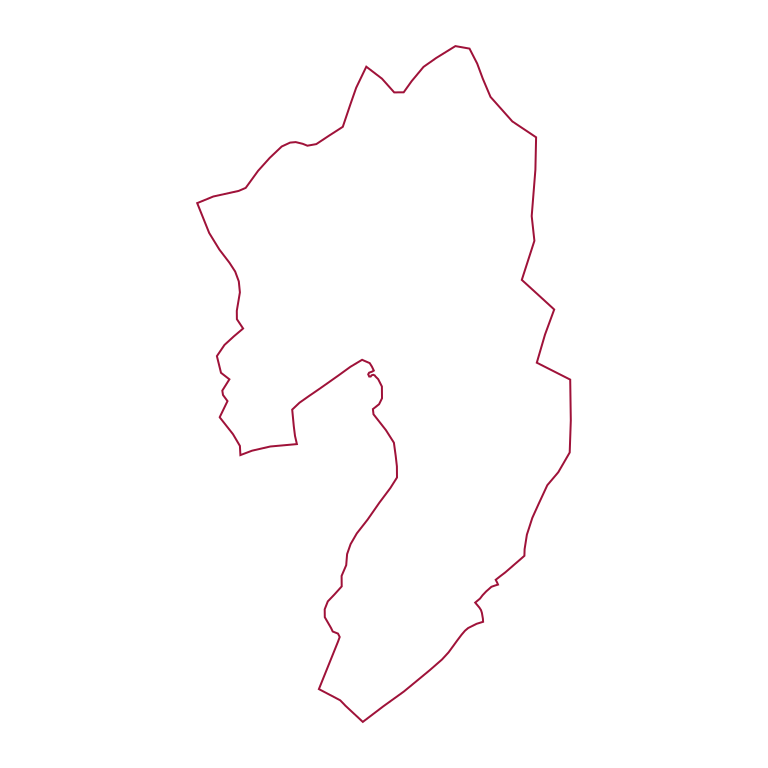 the district of Chanthabuly, Vientiane [prefecture], Laos
{"feature_id": "54806243B69886470699230", "entity_name": "Chanthabuly", "entity_type": "district", "adm_level": 2, "iso_a3": "LAO", "parent_name": "Laos", "parent_adm1": "Vientiane [prefecture]", "projection": "mercator", "projection_center": [102.605, 17.997], "detail": "fine", "context": "isolated", "style": "outline", "palette": "rose", "viewbox_px": 768, "rotation_deg": 0, "n_neighbors": 0, "source": "geoboundaries", "source_scale": "gbopen_adm2", "svg_char_len": 2046}
<svg xmlns="http://www.w3.org/2000/svg" viewBox="0 0 768 768"><path d="M539.7,296.2L521.8,279.9L534.4,240.8L531.7,216.1L535.4,169.7L536.1,137.3L512.3,121.4L490.5,96.9L482.8,78.7L477.2,63.6L469.5,48.6L455.4,46.1L436.3,57.9L423.5,66.9L411.6,81.2L403.7,92.3L394.2,92.4L382.0,78.7L366.3,66.7L356.2,87.7L350.4,104.3L342.8,126.8L329.3,135.5L316.3,144.1L307.4,145.7L302.7,143.8L295.7,142.1L290.1,142.6L281.7,146.5L269.7,157.9L258.1,170.8L245.7,187.9L238.7,190.9L213.3,196.5L197.2,203.1L209.2,233.0L219.4,249.6L229.5,262.8L235.2,271.6L238.8,281.4L239.9,292.4L236.8,310.8L236.9,319.2L243.1,328.5L233.8,336.4L224.5,344.9L216.9,356.1L221.0,372.8L229.4,379.3L222.3,390.6L223.0,395.0L227.5,401.1L219.7,417.2L219.7,417.3L220.1,417.8L233.0,434.2L239.9,445.9L240.4,455.1L252.0,450.7L270.3,446.5L296.9,444.1L295.0,435.9L293.8,426.3L292.2,409.6L299.5,402.7L309.3,395.8L318.8,389.3L338.4,375.5L350.4,366.8L362.1,359.8L364.1,360.7L369.7,363.1L371.9,366.6L373.1,369.1L373.8,370.6L372.1,371.6L369.1,372.7L368.2,374.3L369.2,376.5L370.7,376.5L371.6,375.3L373.3,374.8L374.7,375.4L375.5,376.5L378.2,379.2L381.9,386.5L382.0,398.3L379.1,404.2L372.9,409.1L373.5,414.3L385.9,430.1L393.9,442.7L395.7,455.9L396.9,466.4L397.0,477.5L390.3,488.1L379.5,502.5L367.6,519.6L356.8,533.4L350.6,544.1L347.1,554.1L346.2,565.2L341.6,575.9L341.7,586.4L334.5,594.4L327.8,601.4L324.7,609.3L324.8,617.2L331.1,628.1L332.7,631.5L338.0,633.6L339.7,637.0L338.1,641.4L334.6,650.1L318.9,689.1L340.2,700.3L344.2,704.4L345.3,705.6L362.8,721.9L383.2,706.4L403.9,691.5L429.6,670.3L442.0,659.5L448.6,652.3L455.1,643.4L457.2,640.5L461.5,634.8L465.0,630.7L468.2,628.0L476.6,623.8L483.1,621.8L482.9,618.7L481.9,612.9L481.0,610.1L479.4,607.6L475.2,602.6L480.0,598.6L482.6,595.2L486.2,591.4L491.4,586.8L494.8,585.6L498.0,584.6L497.1,582.5L495.7,579.8L499.9,576.5L505.5,572.2L524.4,555.8L524.6,549.2L526.9,534.6L529.0,528.2L532.3,517.9L538.5,504.2L547.3,485.2L558.3,472.2L569.7,452.5L570.8,420.5L570.2,379.6L536.8,362.7L545.0,334.6L554.2,309.5L539.7,296.2Z" fill="none" stroke="#9f1239" stroke-width="2"/></svg>